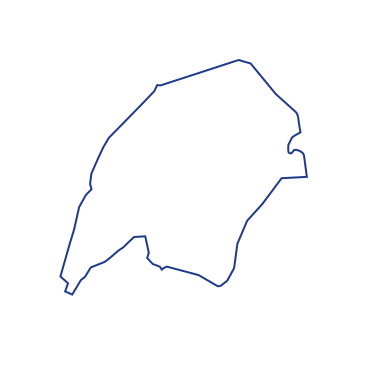 outline of Rabak, White Nile, Sudan, rotated 203°
{"feature_id": "16777658B74989991978894", "entity_name": "Rabak", "entity_type": "district", "adm_level": 2, "iso_a3": "SDN", "parent_name": "Sudan", "parent_adm1": "White Nile", "projection": "orthographic", "projection_center": [32.773, 13.435], "detail": "fine", "context": "isolated", "style": "outline", "palette": "blue", "viewbox_px": 384, "rotation_deg": 203, "n_neighbors": 0, "source": "geoboundaries", "source_scale": "gbopen_adm2", "svg_char_len": 1091}
<svg xmlns="http://www.w3.org/2000/svg" viewBox="0 0 384 384"><g transform="rotate(203 192 192)"><path d="M265.8,276.8L266.0,272.9L266.1,270.1L273.9,249.6L283.7,224.6L289.6,209.7L291.1,198.9L291.4,191.7L291.6,185.3L291.8,169.6L289.0,159.6L285.6,155.3L288.5,147.8L290.0,134.0L286.9,117.0L286.1,112.8L285.8,110.6L284.2,95.6L282.6,82.7L280.1,62.8L270.5,59.6L269.9,50.9L262.2,50.8L259.9,67.3L257.3,72.3L255.7,83.0L245.0,93.6L241.2,100.4L237.0,109.1L233.4,114.6L231.2,120.2L227.7,128.0L217.7,132.9L208.0,119.2L207.5,113.8L200.0,110.4L192.6,110.7L189.6,108.9L189.6,109.0L189.2,109.5L187.3,112.2L185.9,113.5L153.3,118.1L131.3,115.3L128.9,116.9L124.9,124.1L123.5,138.4L130.0,162.1L130.0,187.1L122.6,208.3L114.9,239.7L92.2,250.8L102.1,267.6L103.4,269.7L105.6,271.3L108.9,271.9L112.4,271.6L114.3,270.7L114.8,269.1L115.5,266.6L116.7,265.9L118.4,266.1L119.5,267.6L120.5,269.8L121.7,273.1L121.2,281.3L119.5,284.1L115.5,289.2L121.1,298.2L123.5,302.3L125.8,305.0L127.8,306.2L153.1,314.9L188.3,333.2L200.7,331.7L255.4,284.1L262.5,277.9L265.8,276.8Z" fill="none" stroke="#1e3a8a" stroke-width="2"/></g></svg>